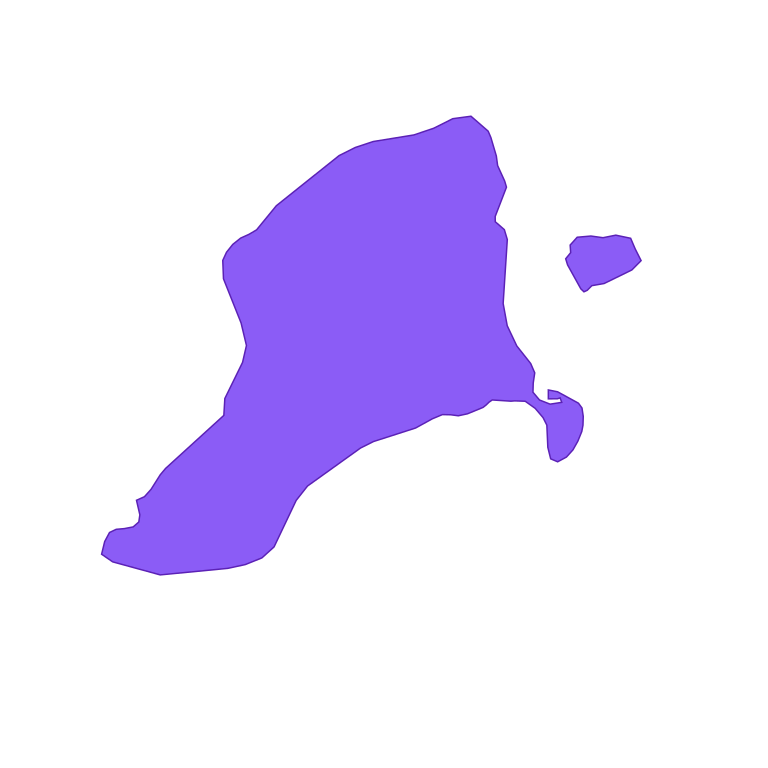 outline of Bali, rotated 296°
{"feature_id": "IDN-1232", "entity_name": "Bali", "entity_type": "Province", "adm_level": 1, "iso_a3": "IDN", "parent_name": "Indonesia", "parent_adm1": "", "projection": "robinson", "projection_center": [115.184, -8.453], "detail": "fine", "context": "isolated", "style": "filled", "palette": "violet", "viewbox_px": 768, "rotation_deg": 296, "n_neighbors": 0, "source": "natural_earth", "source_scale": "10m", "svg_char_len": 1540}
<svg xmlns="http://www.w3.org/2000/svg" viewBox="0 0 768 768"><g transform="rotate(296 384 384)"><path d="M620.9,301.6L635.6,316.5L652.6,329.5L662.8,344.8L656.9,366.8L652.4,372.0L638.2,385.0L630.1,390.4L619.3,403.5L614.6,407.8L583.3,410.5L578.6,412.9L575.5,424.5L567.9,431.5L508.6,455.8L490.4,469.2L476.4,486.7L466.7,506.9L460.1,514.6L450.3,517.7L441.9,521.5L437.8,530.8L438.7,542.1L445.4,551.8L448.7,548.4L446.7,546.3L442.7,538.2L450.7,534.3L453.1,543.4L452.0,567.2L449.2,572.5L442.2,577.3L434.2,580.9L428.0,582.6L417.6,583.3L407.6,582.7L398.3,580.0L390.2,574.2L389.8,566.6L398.9,559.0L418.4,548.4L423.5,541.7L428.4,530.5L430.4,518.5L426.2,509.0L424.2,505.6L417.1,488.3L413.8,486.4L409.9,485.0L406.4,483.3L393.8,472.1L388.0,464.7L385.6,457.5L382.1,449.9L373.9,442.7L358.3,431.7L327.7,399.8L316.2,391.0L258.8,360.0L240.9,356.1L189.4,356.6L174.2,350.5L160.9,338.5L149.8,324.4L114.3,266.5L105.2,218.1L107.2,204.8L120.0,202.0L130.2,202.4L136.0,207.0L140.2,214.0L145.6,221.2L152.5,224.1L159.4,221.9L171.0,212.5L177.7,218.1L187.2,220.8L204.4,222.7L212.4,224.7L285.6,253.8L301.2,247.3L341.4,247.4L358.3,243.5L376.2,228.8L408.2,193.6L424.4,184.9L433.4,184.7L443.2,186.9L452.3,191.2L459.3,197.0L466.7,201.9L497.1,209.1L569.6,243.5L584.0,254.5L597.2,268.0L620.9,301.6ZM590.5,490.4L600.6,493.3L607.7,505.1L611.5,516.7L619.4,527.1L623.1,541.8L615.5,550.6L607.6,561.0L595.2,556.8L570.8,537.8L563.5,527.7L557.3,525.6L554.5,523.3L555.8,519.2L571.5,496.8L576.2,492.4L583.9,494.2L590.5,490.4Z" fill="#8b5cf6" stroke="#5b21b6" stroke-width="1.5"/></g></svg>